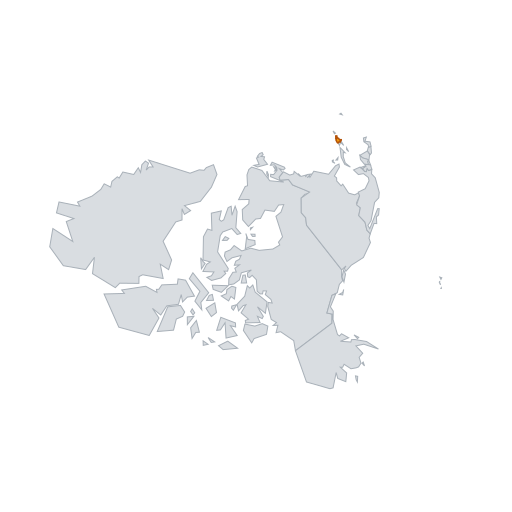 Dominican Republic highlighted on a map of North America, rotated 233°
{"feature_id": "DOM", "entity_name": "Dominican Republic", "entity_type": "country or territory", "adm_level": 0, "iso_a3": "DOM", "parent_name": "North America", "parent_adm1": "", "projection": "mercator", "projection_center": [-70.506, 18.775], "detail": "coarse", "context": "in_parent", "style": "filled", "palette": "amber", "viewbox_px": 512, "rotation_deg": 233, "n_neighbors": 17, "source": "natural_earth", "source_scale": "50m", "svg_char_len": 9575}
<svg xmlns="http://www.w3.org/2000/svg" viewBox="0 0 512 512"><g transform="rotate(233 256 256)"><path d="M193.4,316.1L187.8,311.7L184.1,310.3L183.2,305.5L177.8,298.8L178.9,293.0L167.8,278.3L163.8,281.8L156.6,276.2L156.6,230.5L165.7,235.2L180.7,230.1L182.7,225.9L187.5,231.8L190.2,227.9L190.5,232.3L196.2,230.0L208.8,235.1L211.5,237.9L208.7,240.6L212.4,241.8L219.6,240.2L221.7,243.4L223.9,240.7L221.8,238.4L223.2,236.5L227.2,235.7L236.8,242.0L242.9,241.3L242.6,237.9L244.4,236.9L247.6,238.8L247.6,243.9L251.4,234.2L246.9,228.3L247.0,221.5L249.4,216.8L254.2,220.7L256.9,227.7L255.1,230.6L258.9,231.7L258.9,237.5L261.6,233.1L264.0,236.7L263.4,240.8L265.4,244.4L269.0,235.8L269.1,229.5L275.0,230.8L277.7,233.7L276.3,239.4L277.5,244.8L268.6,247.7L265.4,256.5L258.6,261.9L251.4,273.7L250.5,281.6L253.5,282.3L255.3,288.7L275.7,295.8L276.0,302.3L280.4,309.1L283.1,304.7L280.6,297.5L287.3,290.8L283.3,282.2L285.7,278.0L284.1,267.7L292.8,267.1L301.4,273.0L302.0,281.6L305.3,284.5L311.5,276.0L318.0,289.2L317.2,291.5L326.2,297.6L329.4,302.3L329.6,306.1L320.8,312.2L307.8,312.3L298.3,322.7L310.6,315.4L312.4,316.9L310.4,319.0L311.8,324.4L314.4,325.9L317.7,325.5L319.8,322.1L321.2,325.3L309.9,332.1L308.4,331.9L308.3,329.5L311.8,327.2L306.4,327.6L305.0,322.0L302.1,320.8L297.5,328.0L290.7,328.0L275.3,337.3L273.9,336.5L275.9,332.1L275.1,327.0L263.3,318.2L256.7,318.7L250.2,314.9L193.4,316.1ZM272.2,267.1L273.7,265.0L276.5,265.1L274.0,268.3L272.2,267.1ZM280.7,210.9L278.6,204.7L287.9,210.8L283.5,210.4L280.7,210.9ZM281.0,270.6L280.4,267.4L281.8,268.4L281.0,270.6ZM252.7,195.0L251.6,198.0L246.2,195.4L250.2,189.7L252.7,195.0ZM252.2,173.3L247.5,172.9L246.9,170.3L251.0,170.4L252.2,173.3ZM242.5,159.9L248.7,164.5L245.2,170.1L242.5,159.9ZM280.6,195.5L255.1,196.1L252.1,184.0L245.6,180.3L256.7,180.0L261.6,190.0L278.0,189.1L280.6,195.5ZM213.9,168.2L219.7,168.7L212.3,171.3L213.9,168.2ZM216.4,160.1L220.1,162.7L214.3,164.6L216.4,160.1ZM329.7,308.8L327.3,313.6L334.0,315.3L333.4,317.6L334.8,317.1L335.7,320.6L334.9,323.2L332.6,322.7L332.5,319.9L330.1,322.5L328.4,320.3L322.3,320.4L326.2,310.7L329.7,308.8ZM268.3,251.8L277.1,260.2L280.1,261.4L274.0,259.6L269.1,264.4L265.6,262.2L268.3,251.8ZM278.8,215.9L284.7,211.3L303.0,225.6L306.7,233.5L303.0,236.2L317.1,246.1L312.9,255.4L307.2,248.6L304.6,249.2L304.3,252.0L311.4,262.9L310.7,266.1L303.0,261.3L308.3,269.3L302.8,267.6L290.7,256.9L283.2,257.4L284.5,253.9L292.5,253.2L295.2,243.9L293.8,239.7L282.4,227.8L262.7,226.3L261.0,224.2L263.1,221.4L260.2,221.3L259.6,214.8L263.2,205.8L268.5,203.9L267.0,208.5L268.6,212.8L275.6,204.3L279.1,211.5L278.8,215.9ZM247.8,206.5L255.1,201.7L259.0,203.5L249.0,215.9L247.8,206.5ZM193.4,185.8L201.0,173.4L206.9,172.1L205.0,182.2L193.4,185.8ZM172.7,301.8L175.3,299.4L174.7,303.3L176.5,305.9L172.7,301.8ZM228.6,155.3L238.0,160.6L240.4,169.6L229.2,164.9L231.2,161.9L228.6,155.3ZM192.1,317.6L187.7,316.6L182.2,310.5L187.5,312.1L192.1,317.6ZM189.2,200.3L204.1,201.1L208.3,206.2L200.7,212.9L198.2,220.3L192.9,223.3L187.1,217.2L191.2,204.8L189.2,200.3ZM220.3,179.9L228.2,191.0L214.9,199.3L211.6,197.0L215.8,193.6L203.8,193.1L208.5,182.7L221.3,191.1L218.4,183.1L220.3,179.9ZM222.7,209.0L228.8,211.8L230.7,222.8L237.5,231.2L234.2,231.7L234.8,236.0L227.6,233.6L212.7,237.2L204.6,229.0L214.5,226.6L203.4,225.5L202.3,223.3L207.0,220.8L200.4,219.2L208.9,207.4L211.0,208.7L210.0,212.0L219.6,209.9L223.1,218.6L224.1,215.9L222.7,209.0ZM238.8,211.6L236.6,207.1L245.0,204.2L243.7,209.6L246.7,212.6L246.4,218.5L243.0,221.0L234.6,212.9L238.8,211.6ZM226.3,205.3L229.1,205.1L230.6,206.6L228.8,211.2L226.3,205.3ZM234.5,183.9L244.3,184.6L243.4,194.9L234.6,190.4L234.5,183.9ZM246.4,145.5L255.1,131.7L268.5,154.9L262.0,165.9L254.2,165.3L252.0,161.1L253.6,154.4L246.4,145.5ZM256.8,122.9L281.7,103.6L317.1,111.8L305.3,128.4L309.7,128.3L298.2,149.7L286.5,155.0L289.3,156.4L287.9,158.3L289.6,163.4L280.8,176.2L284.6,180.0L279.1,185.2L261.0,182.7L264.5,176.4L263.5,169.7L270.2,173.1L264.1,165.0L269.9,154.8L266.2,144.4L276.5,141.8L264.9,141.2L256.8,122.9ZM290.0,243.1L286.4,244.9L285.9,242.3L288.6,238.6L290.0,243.1ZM243.3,227.9L248.5,234.0L247.3,236.0L240.1,232.3L243.3,227.9ZM311.7,313.4L315.0,313.9L317.2,315.8L313.5,314.9L311.7,313.4ZM312.7,322.1L313.4,323.5L316.7,323.8L315.0,325.2L312.4,324.0L312.7,322.1Z" fill="#d9dde1" stroke="#a8b0b8" stroke-width="1"/><path d="M193.4,316.1L250.2,314.9L256.7,318.7L263.3,318.2L275.1,327.0L274.8,337.3L290.7,328.0L297.5,328.0L302.1,320.8L305.0,322.0L306.7,328.6L300.3,331.7L298.9,335.5L300.6,337.4L293.0,339.3L296.6,339.3L292.5,339.8L290.6,344.6L289.3,343.1L290.3,345.9L288.5,349.0L287.7,344.0L287.7,346.8L286.4,346.4L288.9,353.2L277.6,363.2L280.2,373.8L279.5,377.6L276.8,376.1L272.7,366.7L269.9,367.4L267.3,365.6L260.8,366.2L261.2,368.5L250.5,367.8L245.5,371.6L244.7,376.1L241.7,374.9L237.8,368.0L231.7,368.3L226.5,362.4L217.4,363.4L209.9,360.1L205.0,360.6L202.2,357.0L197.9,355.5L190.2,340.9L191.3,326.5L189.7,318.6L192.8,319.0L193.9,321.9L193.4,316.1ZM156.6,230.5L156.6,276.2L163.8,281.8L167.8,278.3L178.9,293.0L177.8,297.0L170.6,284.8L165.5,284.5L158.9,279.3L144.2,273.8L141.9,274.6L142.4,277.5L134.9,280.8L137.1,272.1L130.2,280.0L131.7,281.9L129.8,284.7L121.2,292.8L108.0,297.8L120.7,289.0L124.1,281.7L114.1,282.7L113.0,277.4L107.2,275.3L105.7,271.2L106.4,268.7L108.8,264.0L116.5,261.2L115.0,258.2L116.5,256.4L108.0,258.0L101.6,252.1L109.0,247.6L114.7,249.9L104.3,238.2L105.5,235.2L125.0,220.5L156.6,230.5ZM94.3,261.1L96.8,261.5L100.4,263.3L98.7,264.8L94.3,261.1ZM126.0,389.6L128.6,390.1L126.8,391.3L126.0,389.6ZM124.9,386.8L125.3,387.8L124.7,387.0L124.9,386.8ZM123.6,386.4L124.6,386.7L123.5,386.6L123.6,386.4ZM121.9,386.2L122.8,386.1L122.7,386.3L121.9,386.2ZM118.9,384.1L119.2,384.9L118.5,384.5L118.9,384.1ZM102.9,276.5L106.6,276.2L106.8,277.8L102.9,276.5ZM128.9,287.3L134.0,286.8L129.2,289.1L128.9,287.3Z" fill="#d9dde1" stroke="#a8b0b8" stroke-width="1"/><path d="M297.1,389.6L297.1,393.2L291.5,392.6L295.8,391.9L294.1,389.2L297.1,389.6Z" fill="#d9dde1" stroke="#a8b0b8" stroke-width="1"/><path d="M282.5,374.8L284.6,373.9L284.7,374.5L282.5,374.8ZM284.8,373.4L286.4,374.4L286.0,376.0L285.7,374.6L284.8,373.4ZM283.5,379.0L284.5,377.6L285.3,380.8L283.5,379.0Z" fill="#d9dde1" stroke="#a8b0b8" stroke-width="1"/><path d="M347.7,111.8L364.2,96.3L387.5,96.8L400.2,110.3L377.8,118.4L397.7,125.2L395.5,133.1L410.5,122.6L417.7,131.2L401.8,145.3L406.5,145.9L402.5,161.1L402.6,172.2L405.0,178.2L398.5,181.4L402.3,185.9L402.7,192.9L400.6,193.6L403.2,200.2L394.7,207.4L397.3,215.1L392.2,214.1L397.6,219.8L398.4,224.8L394.8,226.0L390.7,220.0L391.4,224.3L389.0,227.4L397.2,228.0L361.8,253.2L359.0,262.5L355.7,266.1L356.5,269.5L354.5,277.0L344.6,273.9L337.8,261.8L333.1,244.4L339.3,229.2L331.6,231.1L332.3,223.8L338.3,225.4L329.3,218.6L331.5,212.4L323.7,190.7L303.6,186.2L297.7,178.0L307.1,174.6L293.9,168.3L309.2,154.2L310.0,150.2L304.6,146.0L316.3,130.8L315.4,124.6L340.3,114.8L352.2,126.2L347.7,111.8Z" fill="#d9dde1" stroke="#a8b0b8" stroke-width="1"/><path d="M205.0,360.6L209.9,360.1L217.4,363.4L226.5,362.4L231.7,368.3L236.3,367.1L241.7,374.9L245.5,376.1L244.0,383.7L248.0,391.5L251.0,393.0L257.1,391.4L259.4,386.8L266.0,385.7L264.4,392.7L258.0,393.7L257.0,394.9L259.1,397.4L256.5,397.4L255.5,400.6L252.1,397.7L246.7,398.3L232.6,392.7L228.6,389.1L227.5,383.0L214.9,369.0L213.1,363.8L209.4,363.3L220.6,381.7L219.7,382.9L215.0,378.6L214.8,375.7L209.2,371.9L211.0,369.9L205.0,360.6Z" fill="#d9dde1" stroke="#a8b0b8" stroke-width="1"/><path d="M285.6,412.8L284.6,415.7L282.1,412.1L278.5,415.7L274.5,414.0L274.3,411.1L277.4,412.5L282.3,410.9L285.6,412.8Z" fill="#d9dde1" stroke="#a8b0b8" stroke-width="1"/><path d="M275.1,410.9L274.3,413.7L268.8,410.2L268.2,408.2L272.9,408.1L275.1,410.9Z" fill="#d9dde1" stroke="#a8b0b8" stroke-width="1"/><path d="M272.9,408.1L268.7,407.8L264.7,404.0L270.3,400.1L273.9,399.6L272.9,408.1Z" fill="#d9dde1" stroke="#a8b0b8" stroke-width="1"/><path d="M273.9,399.6L270.3,400.1L265.4,403.8L261.3,400.8L264.2,397.8L270.2,397.5L273.9,399.6Z" fill="#d9dde1" stroke="#a8b0b8" stroke-width="1"/><path d="M261.3,400.8L264.6,402.2L264.2,403.5L259.8,402.3L261.3,400.8Z" fill="#d9dde1" stroke="#a8b0b8" stroke-width="1"/><path d="M255.5,400.6L256.5,397.4L259.1,397.4L257.0,394.9L258.0,393.7L261.7,393.7L261.6,397.8L263.6,398.1L261.3,400.8L259.8,402.3L255.5,400.6Z" fill="#d9dde1" stroke="#a8b0b8" stroke-width="1"/><path d="M261.7,393.7L263.8,392.5L262.2,397.8L261.6,397.8L261.7,393.7Z" fill="#d9dde1" stroke="#a8b0b8" stroke-width="1"/><path d="M306.4,392.2L309.5,392.8L306.3,393.4L306.4,392.2Z" fill="#d9dde1" stroke="#a8b0b8" stroke-width="1"/><path d="M283.6,392.8L286.6,392.4L288.0,393.5L283.6,392.8Z" fill="#d9dde1" stroke="#a8b0b8" stroke-width="1"/><path d="M275.7,382.0L283.6,383.5L292.1,388.4L284.8,389.3L286.2,388.1L282.9,385.5L276.6,383.3L270.2,384.9L275.7,382.0Z" fill="#d9dde1" stroke="#a8b0b8" stroke-width="1"/><path d="M316.9,409.8L319.0,408.3L318.9,409.8L316.9,409.8Z" fill="#d9dde1" stroke="#a8b0b8" stroke-width="1"/><path d="M297.0,393.2L297.0,392.6L296.7,392.4L296.5,392.0L296.8,392.0L297.0,391.7L296.9,391.2L297.2,390.8L297.0,390.5L297.1,390.1L296.9,389.6L297.2,389.3L297.4,389.2L298.0,389.3L298.6,389.2L299.3,389.5L299.7,389.5L300.2,389.8L300.6,389.7L300.8,389.9L300.9,390.4L301.1,390.5L301.9,390.4L302.1,390.6L301.9,390.7L301.3,390.7L301.3,390.9L302.8,391.2L303.2,391.4L303.9,392.0L303.7,392.4L303.5,392.5L303.2,392.8L302.7,392.4L302.0,392.3L301.0,392.3L300.5,392.5L300.2,392.8L299.6,392.8L299.2,392.6L298.5,392.7L298.4,392.8L298.3,393.1L297.8,393.9L297.6,394.1L297.2,393.8L297.2,393.4L297.0,393.2Z" fill="#f59e0b" stroke="#b45309" stroke-width="1.5"/></g></svg>